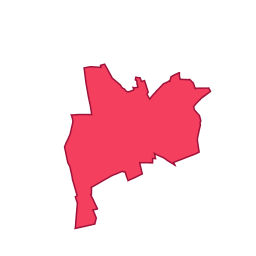 the district of Acolman, México, Mexico, rotated 335°
{"feature_id": "50627088B99442443114281", "entity_name": "Acolman", "entity_type": "district", "adm_level": 2, "iso_a3": "MEX", "parent_name": "Mexico", "parent_adm1": "México", "projection": "natural_earth1", "projection_center": [-98.921, 19.637], "detail": "fine", "context": "isolated", "style": "filled", "palette": "rose", "viewbox_px": 256, "rotation_deg": 335, "n_neighbors": 0, "source": "geoboundaries", "source_scale": "gbopen_adm2", "svg_char_len": 5057}
<svg xmlns="http://www.w3.org/2000/svg" viewBox="0 0 256 256"><g transform="rotate(335 128 128)"><path d="M218.3,129.6L218.0,126.3L218.1,126.0L206.3,120.6L205.6,120.8L206.2,114.8L204.3,109.9L203.7,110.0L195.8,105.9L196.3,103.9L196.7,102.4L196.8,101.9L197.6,100.5L198.0,99.7L197.8,99.5L197.6,99.4L196.9,99.5L196.2,99.5L193.8,99.5L192.2,99.5L188.8,99.7L188.0,100.6L187.4,101.2L187.0,101.8L186.0,102.9L185.9,103.0L185.7,103.2L185.6,103.4L185.3,103.0L185.3,102.9L185.2,102.8L185.2,102.7L184.9,102.7L184.6,102.8L184.4,102.8L183.9,102.9L183.6,103.0L183.4,103.0L183.2,103.1L182.9,103.1L182.7,103.1L182.4,103.1L182.3,102.9L182.2,102.9L181.9,102.8L181.7,102.8L181.3,103.0L181.2,103.0L180.9,103.1L180.7,103.1L179.8,102.9L179.6,102.9L179.4,102.8L179.2,102.8L178.9,102.9L169.5,106.6L169.4,106.5L169.0,106.7L168.9,106.9L164.6,108.6L162.9,109.4L161.1,110.3L159.9,110.9L159.5,105.6L159.6,105.2L159.9,104.9L161.1,104.4L161.3,104.3L161.4,104.2L161.5,103.9L161.6,102.9L161.8,101.3L161.9,100.6L162.0,99.6L162.1,99.0L162.2,98.4L162.3,97.6L162.5,96.2L162.6,95.4L162.7,94.5L162.8,93.8L163.0,92.0L161.6,91.8L160.7,91.7L160.0,91.6L159.9,91.5L160.0,89.7L160.2,87.7L156.8,85.5L156.4,85.3L156.3,85.5L156.0,85.9L155.8,86.4L155.5,86.8L155.2,87.2L155.0,87.4L155.2,87.7L155.4,88.1L155.6,88.2L155.8,88.3L155.9,88.5L155.8,89.2L155.5,90.1L155.4,90.6L155.3,90.9L155.2,91.2L154.7,91.8L154.7,92.1L154.9,92.7L154.8,92.9L154.3,94.5L154.3,94.9L154.2,95.2L153.3,95.0L151.8,94.6L150.5,94.3L150.3,94.2L150.4,93.9L150.2,93.7L149.8,93.4L149.8,93.5L149.7,93.6L149.7,93.9L149.7,94.1L149.7,94.4L149.7,94.7L149.7,94.8L149.7,95.0L149.6,95.4L149.6,95.6L149.5,95.8L149.4,95.9L149.2,95.9L149.0,96.0L148.5,95.8L148.2,95.8L147.3,95.8L146.2,95.7L145.5,95.7L145.2,95.8L144.6,95.6L144.2,95.5L144.1,95.4L143.9,95.4L143.4,95.2L143.2,95.1L142.9,94.9L142.4,94.6L142.2,94.3L141.9,93.5L141.6,92.8L141.5,92.1L141.4,92.0L141.4,91.8L141.2,91.5L141.2,91.4L141.2,91.1L141.0,90.8L140.8,90.6L140.7,90.5L140.6,90.4L140.4,90.2L140.1,89.8L140.0,89.5L139.8,89.3L139.8,89.1L139.6,88.8L139.6,88.7L139.4,87.7L139.4,87.2L139.3,86.7L139.3,85.8L139.2,85.7L139.0,85.3L134.8,76.1L134.7,73.6L134.5,71.7L134.5,71.2L134.2,66.2L133.8,60.3L129.5,59.6L129.2,61.7L119.9,56.6L113.6,55.0L110.7,64.1L110.2,65.4L110.2,65.6L109.0,69.3L107.4,75.2L106.9,77.2L105.9,80.8L105.6,82.0L105.0,84.4L103.8,89.6L103.2,92.2L100.8,100.5L88.7,94.8L82.3,92.4L82.2,92.3L81.7,95.6L80.9,98.6L80.3,99.7L76.6,104.4L75.9,105.4L75.1,106.4L72.7,109.4L71.7,110.2L70.7,111.1L68.2,113.3L66.0,115.0L62.5,118.3L58.8,133.9L59.0,138.6L56.8,148.3L56.2,150.5L55.9,151.2L55.8,151.4L55.8,151.8L55.8,152.2L55.7,153.0L55.5,153.8L55.5,154.1L55.4,154.9L54.9,157.7L54.4,161.1L54.3,161.4L54.3,161.8L54.2,162.1L54.1,163.0L54.0,163.6L53.9,163.9L53.8,164.8L53.6,165.7L53.5,166.5L53.3,167.9L52.7,168.0L52.4,168.0L51.8,168.0L51.6,168.1L51.2,168.1L50.9,170.1L50.9,170.6L50.9,170.8L50.8,171.3L50.7,172.0L50.6,172.3L50.6,172.7L50.5,173.4L50.5,173.7L50.4,174.3L50.5,174.6L49.8,175.7L49.2,176.8L49.0,177.1L48.6,177.7L48.1,178.8L47.8,179.1L47.5,179.6L47.3,180.1L46.4,181.6L46.1,182.1L45.8,182.6L45.5,183.1L45.2,183.7L44.7,184.6L44.4,185.1L44.1,185.6L43.9,185.9L43.9,186.0L43.4,186.9L43.0,187.6L42.8,187.9L42.7,188.2L42.2,188.9L41.8,189.6L41.6,190.0L41.1,190.9L40.7,191.7L40.5,192.0L40.4,192.1L40.1,192.7L40.0,192.9L39.4,194.0L37.9,196.5L37.7,196.7L48.4,199.1L52.6,200.0L55.2,200.5L55.9,200.7L57.3,201.0L61.2,196.2L61.4,192.7L61.6,187.4L65.8,188.5L66.2,188.3L66.1,184.7L66.1,183.0L66.1,177.8L66.1,177.5L66.0,172.6L66.8,172.7L69.8,166.5L69.7,166.3L72.3,166.1L75.1,165.9L77.3,165.7L79.4,165.5L81.4,165.3L82.8,165.2L83.7,165.1L83.8,165.1L84.7,165.0L85.8,164.9L87.7,164.8L89.1,164.7L90.7,164.5L91.9,164.4L93.4,164.4L94.0,164.4L95.5,164.4L97.6,164.6L99.3,164.6L100.4,164.7L101.6,164.7L103.0,164.8L104.2,164.9L104.7,164.9L105.0,165.4L105.3,165.8L105.6,166.0L105.9,166.2L106.2,166.3L106.8,166.5L106.6,168.1L106.2,171.6L106.1,172.9L105.8,175.7L106.0,175.7L113.5,175.8L114.1,175.8L118.6,175.7L121.6,175.6L122.3,171.9L122.6,170.5L123.9,164.4L124.0,164.5L130.0,167.2L131.3,167.8L131.7,168.1L132.8,168.6L133.9,169.2L134.1,169.3L135.0,169.7L135.3,169.9L135.5,170.0L135.8,169.5L136.0,169.0L136.1,168.8L136.5,168.0L136.8,167.4L137.4,166.0L139.2,167.0L140.0,167.4L140.5,165.2L140.8,164.0L141.2,162.2L141.9,163.3L142.9,164.6L143.2,164.8L143.3,165.0L143.5,165.2L144.2,166.0L144.5,166.5L144.8,166.7L145.0,166.9L145.9,168.0L146.5,168.7L147.2,169.5L147.6,170.0L148.3,171.0L148.5,171.4L150.1,174.3L150.8,175.4L151.8,176.9L153.7,179.6L154.5,181.1L154.8,181.5L154.8,181.0L154.7,178.4L159.0,178.7L163.3,179.0L166.3,179.2L169.8,179.4L173.5,179.7L176.7,179.9L177.1,179.9L178.9,180.0L182.3,179.9L185.5,168.9L185.6,168.7L185.8,168.3L186.4,166.9L192.1,159.4L192.6,158.7L194.1,156.9L194.9,155.9L195.1,155.0L195.7,153.4L196.8,152.6L197.3,150.8L198.0,146.9L197.5,145.2L197.2,144.5L195.8,139.4L196.3,137.5L196.6,136.3L197.4,135.9L198.9,135.2L201.4,134.1L201.6,134.1L204.9,132.8L205.0,132.9L206.7,132.1L207.7,131.9L207.7,131.7L210.3,131.2L210.2,131.4L218.2,129.7L218.3,129.6Z" fill="#f43f5e" stroke="#9f1239" stroke-width="1.5"/></g></svg>